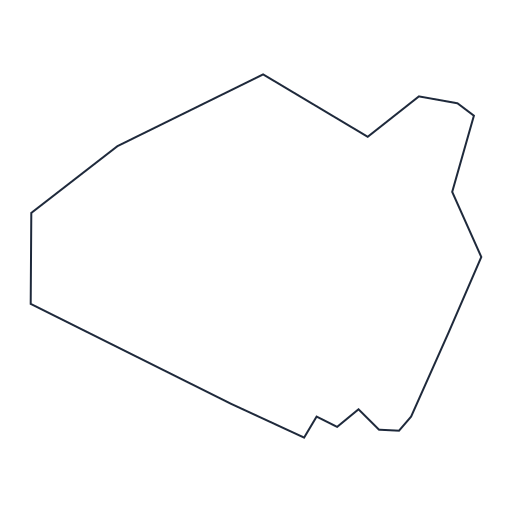 Água Nova, Rio Grande do Norte, Brazil (Natural Earth projection)
{"feature_id": "56859067B45321497096345", "entity_name": "Água Nova", "entity_type": "district", "adm_level": 2, "iso_a3": "BRA", "parent_name": "Brazil", "parent_adm1": "Rio Grande do Norte", "projection": "natural_earth1", "projection_center": [-38.295, -6.209], "detail": "fine", "context": "isolated", "style": "outline", "palette": "slate", "viewbox_px": 512, "rotation_deg": 0, "n_neighbors": 0, "source": "geoboundaries", "source_scale": "gbopen_adm2", "svg_char_len": 362}
<svg xmlns="http://www.w3.org/2000/svg" viewBox="0 0 512 512"><path d="M418.9,96.4L367.7,136.8L263.1,74.4L117.5,146.1L31.3,212.9L30.7,303.9L231.0,403.8L304.1,437.6L316.6,416.6L337.1,426.9L358.5,409.3L379.0,429.7L399.0,430.7L411.1,416.6L448.6,332.5L481.3,257.0L452.2,191.9L473.9,115.7L457.5,103.3L418.9,96.4Z" fill="none" stroke="#1e293b" stroke-width="2"/></svg>